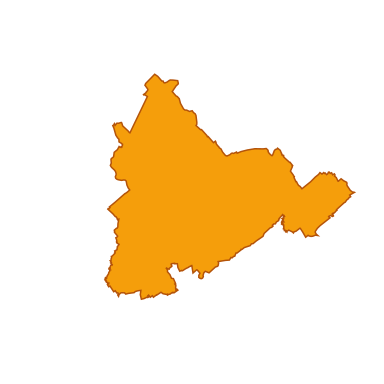 Kota Tangerang, Banten, Indonesia, rotated 320°
{"feature_id": "22746128B7613374511026", "entity_name": "Kota Tangerang", "entity_type": "district", "adm_level": 2, "iso_a3": "IDN", "parent_name": "Indonesia", "parent_adm1": "Banten", "projection": "robinson", "projection_center": [106.652, -6.177], "detail": "fine", "context": "isolated", "style": "filled", "palette": "amber", "viewbox_px": 384, "rotation_deg": 320, "n_neighbors": 0, "source": "geoboundaries", "source_scale": "gbopen_adm2", "svg_char_len": 6033}
<svg xmlns="http://www.w3.org/2000/svg" viewBox="0 0 384 384"><g transform="rotate(320 192 192)"><path d="M239.1,77.8L226.1,79.1L225.8,79.5L224.6,79.9L224.2,85.0L223.3,85.7L220.8,86.1L220.6,86.4L217.5,86.2L217.5,86.8L218.3,87.1L219.2,90.2L182.5,106.8L182.2,106.3L182.3,104.2L181.4,96.8L182.6,93.9L182.5,93.2L180.0,92.2L178.7,91.0L176.0,91.5L176.4,90.8L176.1,90.7L176.4,89.8L175.2,90.3L174.0,90.2L173.2,92.9L170.2,99.5L169.8,102.6L169.9,104.6L168.3,106.7L169.2,109.3L169.1,109.9L169.5,110.7L169.3,111.0L168.4,111.8L167.5,111.9L167.2,112.3L166.9,111.9L166.5,112.2L166.3,111.7L165.6,111.6L165.4,110.3L162.2,111.6L157.9,111.6L154.7,114.5L153.5,114.7L151.9,114.5L151.0,114.8L148.7,118.0L146.5,119.2L146.2,121.4L146.7,125.5L146.5,127.3L145.6,129.3L144.7,130.2L143.1,131.0L142.4,132.4L142.6,133.8L143.3,135.1L145.5,137.8L147.6,139.0L148.5,140.1L148.6,141.3L146.6,144.9L146.2,146.3L145.7,148.0L145.6,150.4L142.2,150.5L141.5,150.4L139.8,150.3L139.6,150.1L126.4,150.4L119.2,150.3L119.2,151.2L117.8,151.4L117.2,150.8L116.5,151.0L117.4,158.1L117.4,161.4L117.9,162.1L117.9,162.6L117.7,163.0L117.8,165.0L117.3,164.9L117.2,165.7L118.3,165.9L114.9,168.7L112.7,171.1L111.4,171.6L110.8,171.2L107.9,171.3L107.4,172.5L106.8,172.8L106.7,173.6L106.7,178.0L105.8,178.3L104.2,178.1L103.4,180.5L102.2,181.6L102.4,182.3L101.7,182.5L101.9,183.7L102.5,184.8L102.4,185.3L99.4,186.0L99.0,186.8L98.5,186.9L97.5,188.0L96.2,187.7L95.5,187.9L94.9,187.5L94.4,188.8L93.6,188.9L93.5,189.4L89.5,189.8L88.8,189.5L88.1,190.7L86.9,191.3L86.0,192.4L85.6,192.7L85.2,192.3L84.9,194.2L84.1,194.1L84.2,196.4L83.7,196.6L83.6,196.0L82.7,195.9L81.3,196.6L80.2,197.9L79.7,197.7L79.7,197.0L79.4,197.0L78.8,197.6L79.3,199.1L78.8,198.9L78.3,199.6L76.5,200.2L75.3,201.1L73.1,201.7L72.8,202.1L71.7,202.4L71.2,203.2L70.8,203.2L70.7,202.0L70.3,202.1L69.6,202.7L69.3,204.1L68.8,203.7L68.7,204.5L69.1,205.1L68.5,205.6L68.5,206.1L69.2,207.0L68.7,207.6L69.7,208.4L69.1,208.8L68.9,208.4L67.8,208.4L67.5,209.7L67.3,211.1L68.7,211.3L67.9,218.1L69.7,218.3L69.5,221.1L70.3,221.5L70.4,222.1L69.7,222.9L68.9,223.1L68.7,224.7L70.1,223.7L72.3,223.5L73.3,223.9L75.5,225.9L75.6,227.6L78.1,228.8L83.0,231.9L84.6,231.8L87.1,232.9L89.6,234.5L86.4,237.4L84.3,241.6L86.7,242.8L90.5,243.8L90.4,244.4L91.4,244.5L91.5,243.1L92.5,243.1L92.4,245.8L95.0,246.0L94.8,247.8L98.4,248.0L98.7,248.0L98.7,248.3L103.8,248.9L104.4,251.3L106.9,254.4L107.4,254.5L107.0,255.2L108.8,255.6L109.4,256.1L112.4,256.3L112.5,257.1L113.5,257.2L113.6,257.7L118.1,258.1L118.0,256.6L116.8,256.5L117.7,255.0L119.5,253.3L119.7,251.6L120.3,252.0L120.6,251.5L122.1,246.4L120.8,244.9L122.0,241.1L121.9,237.4L123.1,236.0L123.3,233.9L123.7,233.9L124.0,235.3L124.9,236.4L125.5,235.9L128.6,236.0L128.9,235.4L129.1,235.5L129.6,233.8L130.3,233.8L132.8,235.4L132.5,235.8L134.7,237.5L132.7,240.7L131.7,244.8L133.5,245.3L133.6,245.9L134.2,246.2L138.0,246.7L141.1,247.5L141.9,247.4L143.8,248.2L144.1,247.9L144.6,248.2L140.7,254.7L145.5,254.6L145.9,255.2L145.9,259.3L143.7,260.2L142.3,261.8L142.6,263.1L143.2,264.2L143.8,264.6L144.9,264.7L146.3,264.1L146.8,263.1L149.1,261.5L151.2,261.3L153.1,264.9L161.7,264.5L163.9,265.4L165.4,264.8L165.7,264.2L166.7,263.6L167.3,262.1L173.7,265.9L176.9,268.2L179.8,267.2L180.3,268.2L182.6,268.1L183.4,268.7L186.5,267.0L187.2,267.7L192.7,267.9L192.8,267.6L193.5,268.1L196.4,268.2L202.1,270.5L204.2,269.9L205.6,270.8L209.8,270.8L217.9,271.6L220.6,270.1L228.9,269.7L230.3,270.3L232.1,270.2L232.2,269.1L234.0,269.0L235.5,270.0L237.3,269.2L240.0,269.6L241.0,268.5L241.8,268.8L242.3,268.2L246.9,267.6L246.7,268.8L247.1,269.0L247.9,268.7L247.2,269.3L247.1,270.2L245.9,269.9L245.5,270.9L244.0,270.2L244.1,270.9L244.6,271.5L244.4,271.7L243.7,271.6L243.3,273.2L243.1,272.7L242.7,272.8L242.2,273.5L242.3,272.2L241.1,272.7L240.8,273.6L240.0,274.1L240.2,275.0L240.7,275.0L240.9,275.4L241.0,275.6L240.7,275.7L240.9,276.5L240.2,277.1L239.9,277.9L238.4,278.9L238.8,279.4L238.1,280.7L238.5,280.8L239.1,281.8L238.4,281.9L238.1,282.7L238.7,283.0L238.9,283.7L239.4,283.2L241.6,283.4L243.2,287.0L243.4,288.6L244.6,288.1L246.5,288.9L251.4,289.1L251.6,289.4L251.1,293.7L250.0,299.7L253.1,299.8L253.4,300.9L254.6,302.5L256.1,303.5L258.8,304.4L260.4,306.2L260.1,304.3L260.5,302.0L261.3,301.4L264.7,300.4L268.5,300.1L281.1,300.5L280.8,298.8L281.6,298.6L283.1,299.2L283.8,301.0L284.9,301.3L285.2,300.8L285.1,299.0L285.7,298.8L286.4,298.9L286.4,299.4L288.6,299.4L290.0,299.1L291.2,299.2L291.3,298.5L293.6,298.3L301.5,298.0L302.9,298.3L305.3,297.6L307.4,297.7L308.5,297.3L310.5,297.6L310.8,295.7L316.2,296.7L315.9,296.1L315.0,295.5L314.3,292.5L314.9,286.9L315.4,285.8L316.4,284.9L316.7,283.9L315.4,280.8L314.7,277.7L311.0,277.8L310.8,277.5L311.8,273.7L311.4,271.5L312.5,270.9L312.7,269.6L310.8,269.2L311.3,267.0L309.9,266.6L309.9,264.9L309.3,264.5L307.7,265.3L306.3,265.2L306.2,263.0L305.4,262.9L305.4,261.8L303.1,261.8L302.5,259.4L300.2,259.9L296.0,259.8L289.5,260.4L278.3,260.2L278.4,257.3L277.9,255.5L278.0,254.2L278.7,251.2L278.2,250.9L279.5,246.4L280.3,245.9L280.1,245.6L280.5,243.9L280.8,239.3L285.2,237.1L285.4,236.4L286.1,236.4L286.2,232.3L285.8,232.1L284.9,225.5L284.8,224.2L285.6,223.0L285.0,222.6L285.3,221.9L284.7,221.4L285.5,220.0L285.4,219.8L286.4,216.8L285.7,213.4L284.5,213.7L283.2,213.0L281.5,213.3L277.6,215.5L276.6,215.6L276.1,213.8L276.0,211.3L276.3,209.9L276.7,209.7L277.1,208.5L276.8,206.4L274.2,204.7L268.0,199.3L261.4,195.4L255.6,192.6L251.5,191.3L251.8,190.0L248.7,189.2L247.9,188.1L247.0,187.7L245.1,187.8L241.9,186.9L241.1,185.5L241.1,181.1L241.9,177.6L241.3,175.6L241.6,174.6L241.4,172.9L241.6,170.5L242.3,169.4L242.6,168.1L240.2,168.0L240.0,159.9L239.3,159.6L239.7,158.4L239.4,150.3L238.8,150.0L238.6,149.5L237.8,143.7L239.2,143.2L240.5,141.7L244.2,136.0L244.7,134.3L244.2,132.0L244.4,129.9L241.8,128.6L240.6,125.9L239.3,124.7L238.9,123.0L240.1,116.8L242.2,112.3L242.1,109.4L241.5,108.2L241.4,102.4L248.0,100.5L250.7,100.4L251.4,99.9L252.6,97.5L249.5,94.2L247.3,92.2L246.0,91.9L243.7,91.8L241.3,91.0L240.7,90.0L241.2,88.5L240.2,87.5L240.1,81.4L239.1,77.8Z" fill="#f59e0b" stroke="#b45309" stroke-width="1.5"/></g></svg>